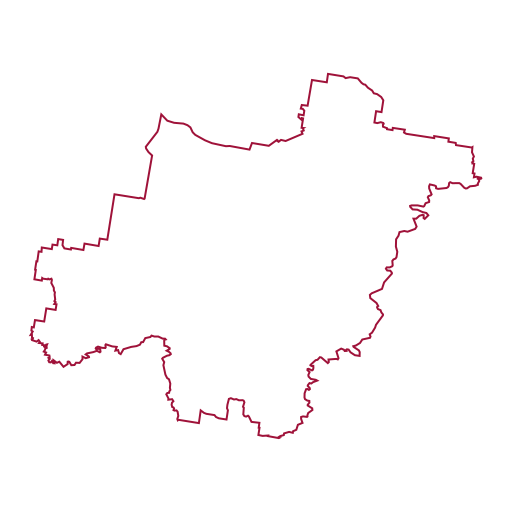 Logan, Queensland, Australia
{"feature_id": "25037944B44262560811074", "entity_name": "Logan", "entity_type": "district", "adm_level": 2, "iso_a3": "AUS", "parent_name": "Australia", "parent_adm1": "Queensland", "projection": "mercator", "projection_center": [153.051, -27.763], "detail": "fine", "context": "isolated", "style": "outline", "palette": "rose", "viewbox_px": 512, "rotation_deg": 0, "n_neighbors": 0, "source": "geoboundaries", "source_scale": "gbopen_adm2", "svg_char_len": 5979}
<svg xmlns="http://www.w3.org/2000/svg" viewBox="0 0 512 512"><path d="M161.3,114.4L158.5,128.6L157.4,131.8L145.8,146.8L146.1,148.5L148.5,152.1L152.1,155.5L144.6,198.6L144.1,199.0L140.3,197.7L138.9,198.2L114.5,194.3L107.3,239.7L99.8,238.6L98.6,246.0L84.5,243.6L83.4,250.0L71.2,247.9L70.9,249.5L64.4,248.4L62.5,245.2L63.1,239.9L58.2,239.1L57.3,245.3L52.5,244.6L51.8,249.1L41.8,247.5L41.5,251.8L38.7,251.4L37.3,261.4L36.4,261.3L35.1,269.7L35.8,269.9L34.4,279.3L41.8,280.6L42.2,278.0L43.2,278.7L47.7,279.3L48.2,278.7L49.4,279.4L51.4,278.7L51.9,279.9L51.3,283.0L53.8,287.8L53.9,290.6L54.9,292.3L54.6,294.5L55.2,299.5L54.4,301.1L55.6,302.1L54.3,304.0L56.5,304.3L55.6,309.9L46.3,308.4L44.2,321.5L35.0,320.1L33.8,327.4L31.8,327.0L31.4,330.6L32.7,331.5L30.7,334.9L31.9,334.7L32.0,337.5L33.0,338.1L32.7,338.9L31.7,339.3L32.0,340.1L36.6,341.6L38.6,340.1L39.8,341.8L39.0,343.0L42.6,343.4L42.2,344.9L44.1,345.2L44.0,346.5L44.4,346.8L46.2,344.6L47.1,344.4L46.5,345.9L46.7,347.9L45.3,348.3L45.1,349.7L43.8,351.6L46.1,352.5L45.0,354.7L49.4,355.5L49.7,357.1L48.5,357.9L49.7,358.9L48.4,360.5L49.2,362.2L50.7,362.4L52.0,360.9L53.2,363.2L54.5,363.3L53.9,360.5L56.9,362.8L59.3,361.7L63.5,366.8L67.6,364.1L67.7,361.7L68.3,361.5L69.3,361.8L71.3,365.2L74.5,365.0L76.0,362.7L79.6,362.9L82.5,359.2L82.5,356.6L85.7,358.2L89.0,357.2L88.9,356.5L85.7,354.4L87.0,353.4L93.3,352.1L96.9,350.8L99.8,352.3L100.5,351.7L100.2,349.4L99.3,348.8L96.1,349.0L95.7,348.4L96.1,347.6L98.0,346.6L101.9,347.8L105.3,348.0L105.7,347.4L105.4,345.0L105.9,344.3L112.2,346.4L116.7,346.9L115.4,350.6L118.1,350.1L119.0,353.1L120.7,354.1L123.5,349.2L131.2,346.9L136.5,346.1L139.9,344.7L141.3,342.2L143.1,342.1L145.3,338.1L150.4,337.0L151.5,335.6L154.3,336.5L158.2,336.5L162.6,338.6L165.1,338.7L165.7,339.4L164.8,339.6L164.2,340.6L164.3,345.7L167.0,346.3L169.7,348.2L169.6,349.0L166.7,350.7L168.9,351.8L170.5,353.2L170.8,354.1L169.4,355.2L167.0,355.7L162.9,357.8L162.2,358.7L164.2,362.1L163.4,365.2L165.4,374.6L167.1,378.0L169.0,379.3L170.3,383.6L169.9,387.9L170.4,389.9L169.3,391.4L169.1,392.8L167.3,393.0L166.3,394.3L168.4,398.3L168.3,399.7L172.1,399.2L173.4,401.2L172.0,402.7L171.6,404.7L172.2,407.0L173.4,407.4L174.1,408.4L173.5,410.1L174.5,410.6L176.5,410.4L177.6,411.7L178.3,415.9L177.3,419.0L177.8,420.3L178.4,419.8L198.9,423.1L200.7,410.4L204.0,412.9L206.3,413.8L214.5,415.1L216.0,417.0L218.8,418.3L226.5,419.5L227.9,410.3L227.0,408.2L227.4,404.8L228.9,398.9L230.9,398.2L234.0,399.5L236.3,399.1L239.0,400.3L242.7,400.2L243.7,400.7L244.4,402.3L243.0,406.8L243.8,407.7L243.3,414.4L244.4,416.1L246.1,416.6L248.0,415.7L248.9,416.5L251.5,421.9L259.4,422.8L258.7,427.7L259.5,427.8L258.4,435.0L262.6,435.9L268.1,435.5L267.9,436.1L278.8,438.1L279.3,437.9L278.8,437.0L279.5,436.6L280.5,436.7L280.5,436.0L283.8,435.1L284.1,433.4L289.1,431.9L292.8,432.8L293.1,431.2L296.3,429.8L297.9,424.8L302.5,422.9L301.1,418.9L301.1,417.0L303.0,416.4L307.0,416.9L307.5,416.5L307.4,415.3L308.2,413.0L312.4,410.0L312.2,408.3L307.7,405.5L307.7,404.8L309.4,402.6L309.3,400.9L307.3,400.6L305.0,399.1L304.5,397.5L304.6,393.3L306.1,389.2L307.4,389.0L308.9,389.9L309.9,389.1L309.7,388.0L307.7,385.9L307.9,385.1L309.5,383.1L311.3,383.5L313.0,382.2L317.2,380.6L315.8,379.8L310.8,378.9L308.6,376.6L308.3,375.0L309.6,372.1L307.4,370.1L307.6,369.0L308.6,368.8L312.0,370.4L313.0,369.7L313.4,367.9L313.3,365.9L311.8,366.1L310.4,365.3L310.5,364.9L315.6,360.2L317.5,359.8L319.9,357.2L321.3,357.5L327.8,363.1L328.8,362.1L328.5,359.5L336.3,358.9L337.8,359.4L338.5,358.2L336.4,351.4L341.2,348.6L343.9,349.7L344.7,351.0L346.5,350.9L346.2,349.8L346.9,349.3L348.6,349.6L350.5,352.3L354.9,355.2L359.6,355.9L359.7,352.1L358.9,350.4L353.6,346.9L353.3,346.2L355.9,345.5L360.0,343.0L362.3,339.5L370.0,337.8L370.5,336.5L369.7,334.3L372.0,332.7L375.1,327.6L376.0,324.8L382.9,315.4L383.0,314.4L381.4,312.5L380.5,310.1L378.0,309.1L377.1,307.5L377.2,306.8L378.2,306.0L376.5,303.0L370.3,298.1L369.9,294.9L371.7,293.3L382.0,288.9L384.1,282.4L391.9,273.6L391.8,272.6L390.3,270.7L387.2,270.5L385.9,268.7L386.7,267.4L389.7,267.4L392.3,266.2L392.7,265.2L392.3,260.9L393.5,259.4L395.5,258.6L396.5,257.1L397.3,251.8L395.9,246.6L396.1,239.3L398.5,235.7L399.5,232.1L404.3,231.0L407.6,231.7L415.2,228.9L416.6,226.6L413.5,218.7L416.2,218.7L419.4,215.8L422.7,214.8L423.7,215.2L423.6,218.1L424.7,218.9L428.3,215.3L426.4,213.0L422.6,212.1L417.4,209.7L412.6,209.4L410.2,206.8L410.1,205.9L411.6,205.4L417.7,205.4L423.4,206.6L424.2,206.1L425.6,203.2L429.1,202.0L429.2,200.4L427.8,197.2L428.5,196.1L430.8,195.3L431.6,194.4L429.2,188.5L429.1,186.2L429.9,184.4L434.6,185.5L436.0,186.3L436.1,188.3L438.1,188.9L446.5,188.0L447.9,187.2L448.8,185.8L449.1,183.1L450.2,182.2L452.5,183.2L459.2,183.1L460.6,183.9L464.3,187.8L465.8,188.5L467.1,188.3L470.0,186.3L475.1,185.8L477.9,184.8L477.8,183.6L479.2,181.1L478.9,179.1L477.7,178.8L477.7,178.0L480.2,178.1L480.8,178.8L481.3,178.4L481.1,177.7L476.5,176.7L473.9,177.3L474.5,173.5L472.7,173.2L474.2,163.8L472.7,163.5L473.0,163.1L472.2,162.2L473.4,161.1L472.8,158.7L473.9,156.5L472.0,152.3L472.4,147.1L471.7,147.5L456.0,145.1L455.7,142.9L448.4,141.7L448.8,138.4L434.2,136.1L434.2,138.1L406.2,133.8L404.0,132.5L404.8,129.7L392.8,127.9L392.5,130.1L387.0,129.2L387.0,128.2L383.0,126.7L382.9,124.8L383.7,123.8L383.3,123.0L380.8,122.2L377.3,123.1L374.4,122.5L376.1,111.2L381.5,112.1L383.3,100.3L381.2,97.0L377.1,94.1L373.8,93.3L372.1,90.5L367.9,87.7L365.3,84.7L363.5,84.3L361.5,82.8L357.8,78.4L350.1,77.2L345.6,78.1L343.5,76.4L328.0,73.9L326.8,82.3L312.0,80.0L307.6,105.7L301.8,105.0L300.8,108.6L302.8,108.9L304.3,110.7L303.6,115.3L298.8,114.3L298.4,117.0L301.7,119.9L301.9,118.1L303.1,118.4L301.6,127.8L303.4,128.0L302.9,128.3L303.7,130.5L301.5,131.4L302.5,133.8L285.6,141.0L281.0,139.9L278.6,141.8L277.5,141.1L277.6,140.4L277.0,139.9L268.8,145.8L252.0,143.0L249.5,149.6L229.8,146.0L225.9,146.2L212.0,143.2L205.0,140.3L195.3,134.9L192.7,132.3L190.4,127.4L187.5,125.2L183.4,123.6L174.1,122.8L167.3,120.7L161.3,114.4Z" fill="none" stroke="#9f1239" stroke-width="2"/></svg>